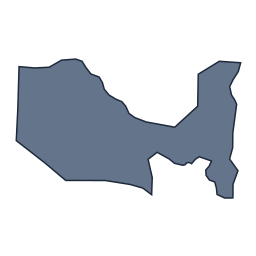 the border of Wakiso, rotated 91°
{"feature_id": "UGA-3091", "entity_name": "Wakiso", "entity_type": "District", "adm_level": 1, "iso_a3": "UGA", "parent_name": "Uganda", "parent_adm1": "", "projection": "mercator", "projection_center": [32.452, 0.206], "detail": "fine", "context": "isolated", "style": "filled", "palette": "slate", "viewbox_px": 256, "rotation_deg": 91, "n_neighbors": 0, "source": "natural_earth", "source_scale": "10m", "svg_char_len": 903}
<svg xmlns="http://www.w3.org/2000/svg" viewBox="0 0 256 256"><g transform="rotate(91 128 128)"><path d="M73.0,58.7L59.7,37.9L60.8,16.5L69.6,18.7L77.7,23.7L84.9,27.1L93.3,25.0L97.9,21.9L102.4,19.8L131.0,23.1L145.9,23.0L157.2,25.9L168.8,17.3L182.3,22.0L196.1,21.9L196.3,30.2L192.9,37.8L186.4,38.6L180.5,40.3L178.6,45.7L174.0,49.1L168.6,49.5L164.8,46.2L159.5,44.0L155.5,56.3L158.1,60.1L162.6,63.8L161.4,66.0L161.8,68.6L163.8,70.4L164.3,72.6L162.5,80.9L158.3,86.2L151.8,98.4L158.9,107.4L177.1,102.9L194.3,103.2L187.8,112.2L184.4,125.0L180.9,149.7L181.5,189.4L164.9,209.8L151.4,227.7L142.6,239.5L110.6,238.5L68.5,238.0L69.6,222.2L68.6,207.9L61.3,195.6L60.0,181.4L62.1,175.1L68.0,171.3L74.6,166.1L77.6,157.7L83.0,154.4L89.7,152.4L95.4,147.5L99.3,140.8L101.8,134.6L106.2,130.7L113.4,127.3L117.4,121.6L121.6,110.1L126.4,81.3L105.0,58.7L73.0,58.7Z" fill="#64748b" stroke="#1e293b" stroke-width="1.5"/></g></svg>